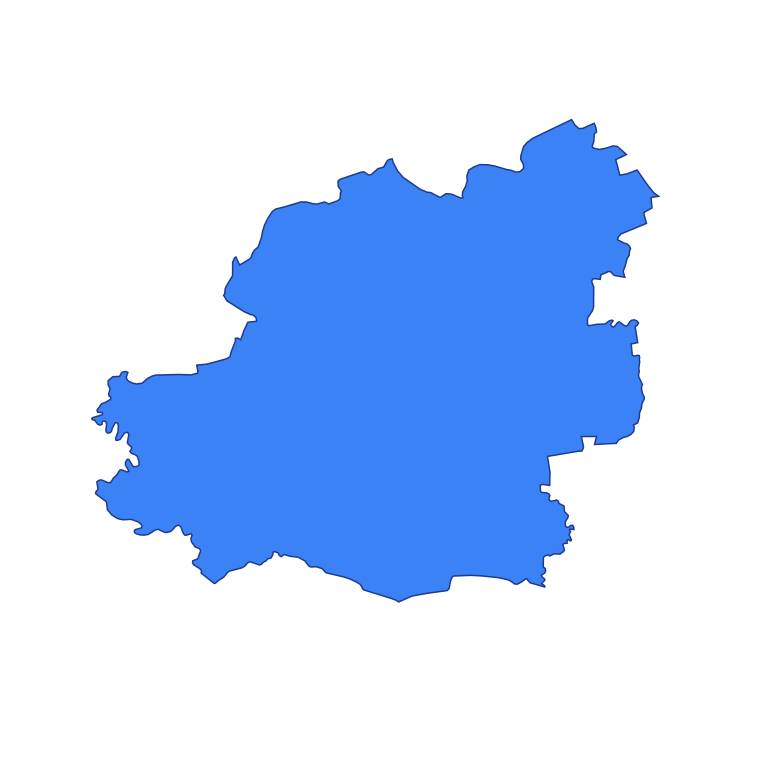 Cu Mgar, Đắk Lắk, Vietnam (Robinson projection), rotated 260°
{"feature_id": "81297802B57943820891789", "entity_name": "Cu Mgar", "entity_type": "district", "adm_level": 2, "iso_a3": "VNM", "parent_name": "Vietnam", "parent_adm1": "Đắk Lắk", "projection": "robinson", "projection_center": [108.059, 12.895], "detail": "fine", "context": "isolated", "style": "filled", "palette": "blue", "viewbox_px": 768, "rotation_deg": 260, "n_neighbors": 0, "source": "geoboundaries", "source_scale": "gbopen_adm2", "svg_char_len": 6147}
<svg xmlns="http://www.w3.org/2000/svg" viewBox="0 0 768 768"><g transform="rotate(260 384 384)"><path d="M319.4,634.4L323.8,637.5L325.9,638.1L329.2,637.0L333.5,636.7L336.8,637.2L338.5,638.4L346.6,636.2L348.9,636.2L351.9,637.6L355.0,637.6L361.6,639.7L363.3,639.6L365.9,640.4L367.6,640.3L368.2,639.0L368.1,635.2L369.4,633.5L380.5,634.4L380.7,641.0L397.0,641.3L397.7,643.6L400.1,645.3L402.4,643.8L403.7,641.7L403.8,639.0L402.7,636.9L399.6,634.3L399.0,633.0L399.3,631.5L404.4,626.4L404.0,624.8L400.5,620.9L400.3,619.6L400.9,618.6L403.0,617.6L403.8,617.8L406.4,620.6L407.4,619.5L406.9,616.2L404.7,612.3L405.8,604.4L405.8,596.3L407.1,594.6L413.8,596.0L419.8,601.9L423.5,603.8L443.3,607.4L449.0,606.3L451.1,607.7L451.1,609.9L449.5,615.1L453.8,616.5L455.8,624.7L455.2,626.7L451.5,629.1L450.6,630.4L447.3,639.7L453.0,639.1L454.0,639.4L457.7,641.7L465.5,645.3L468.0,647.7L471.8,648.7L474.5,650.3L476.9,649.8L479.6,647.8L481.4,644.4L485.6,639.0L488.4,640.5L490.7,643.7L496.6,670.4L507.1,669.4L508.2,670.7L510.8,678.5L520.8,679.3L521.3,680.7L521.2,687.0L525.5,682.8L535.2,677.6L550.8,670.4L548.7,659.4L548.8,652.5L564.7,651.2L567.9,662.6L577.4,655.1L578.7,651.0L577.7,643.7L577.6,636.7L579.8,631.6L580.8,630.4L582.2,630.5L586.3,632.7L593.5,634.4L595.4,637.1L599.7,637.2L604.3,636.3L601.2,624.1L601.7,620.2L605.7,617.1L611.8,614.7L600.1,572.9L596.8,566.6L593.5,562.6L585.2,558.5L581.5,557.6L576.4,559.3L573.1,559.2L571.2,557.7L569.4,554.2L569.9,550.5L572.3,546.4L574.2,541.4L579.3,531.2L581.8,524.5L583.4,516.7L582.3,510.8L580.0,504.7L574.8,501.8L569.5,501.2L564.6,498.8L559.8,495.0L556.0,493.8L553.9,494.1L553.5,493.1L554.3,491.1L558.9,484.1L560.4,479.7L560.6,477.7L558.0,472.1L558.8,470.4L564.4,463.3L565.4,459.8L569.4,453.5L584.2,438.7L591.4,434.4L600.9,431.4L604.3,431.2L604.2,428.0L603.4,426.1L597.6,421.2L597.1,415.4L592.1,407.2L592.8,404.8L596.4,401.1L596.6,398.4L593.4,377.4L592.5,374.5L591.2,373.8L586.5,373.3L581.2,375.6L580.1,374.4L574.0,372.9L572.5,370.1L570.9,361.0L573.6,357.1L572.8,349.0L574.0,345.1L576.7,339.3L577.7,333.8L575.7,316.4L575.1,307.6L573.2,303.9L567.6,298.6L561.4,294.0L555.8,291.1L549.9,288.9L540.9,284.0L538.2,279.5L535.8,277.4L531.9,275.2L530.5,273.7L526.3,262.5L534.8,260.2L534.1,258.7L530.2,256.1L517.0,253.7L507.6,245.6L505.3,244.1L500.4,242.8L499.3,241.4L493.1,243.8L479.6,258.7L475.6,264.6L474.5,267.2L471.6,269.5L468.7,269.5L467.9,269.3L468.5,260.7L461.0,255.4L452.4,250.5L454.6,248.1L454.7,245.5L452.2,245.2L442.1,239.0L437.5,237.0L436.1,232.8L434.8,218.9L434.4,212.2L435.1,202.8L429.5,203.0L427.1,202.4L426.5,195.5L429.1,183.1L432.4,160.6L432.0,156.9L430.7,152.3L426.8,146.0L427.0,140.3L428.3,137.1L430.8,133.3L432.2,132.2L434.0,131.4L435.7,131.5L439.9,133.8L441.2,131.9L441.2,128.7L440.4,127.4L437.4,124.8L438.3,118.3L435.2,112.9L431.0,112.2L426.9,113.5L422.0,111.1L419.7,111.2L419.5,112.0L418.6,112.6L417.2,112.4L416.2,111.5L414.5,107.1L413.5,102.3L408.1,96.8L405.8,97.1L405.0,101.0L404.2,101.7L403.3,101.7L402.7,101.1L401.4,91.0L400.6,90.2L399.5,90.6L398.5,92.8L394.2,95.1L392.9,96.9L393.0,99.1L395.9,100.1L396.2,100.7L396.1,102.0L395.2,103.5L392.7,103.9L387.0,102.1L385.0,102.2L383.7,103.2L383.6,105.9L384.7,107.3L388.3,109.2L392.0,112.2L392.6,113.5L391.7,114.9L388.8,115.1L383.1,113.7L376.7,110.1L375.2,110.3L374.8,111.2L375.2,114.4L380.8,120.0L381.1,122.3L380.5,123.5L378.0,123.8L371.1,121.1L369.1,121.6L365.7,124.4L364.7,124.6L361.7,122.0L359.6,123.3L357.4,126.9L355.5,128.5L350.6,129.3L347.3,128.8L346.4,128.3L345.7,126.4L346.1,123.1L346.6,122.4L353.5,119.9L354.3,119.1L354.4,118.1L352.1,116.0L349.1,115.3L342.8,117.5L342.2,117.4L342.0,115.8L345.2,110.3L344.9,108.6L341.2,105.5L338.3,101.2L334.4,97.6L335.0,94.6L338.3,89.7L338.7,88.5L338.6,86.1L337.4,84.2L329.7,84.1L328.3,81.9L326.6,81.0L325.6,81.3L316.2,90.2L308.1,89.8L302.2,93.3L298.5,97.3L297.0,99.7L295.5,103.9L294.7,110.8L293.8,113.1L290.7,118.1L288.5,120.1L286.2,121.1L284.5,120.3L283.8,113.8L283.3,112.9L281.5,112.5L280.6,112.9L279.2,114.6L277.7,117.7L276.8,121.7L276.8,125.9L280.0,133.5L280.1,135.5L280.0,136.5L275.9,142.4L275.5,144.2L275.7,147.7L276.9,150.2L279.7,153.6L280.6,156.0L280.5,157.5L278.6,159.1L271.9,160.4L269.8,161.5L269.4,163.0L270.0,167.9L268.2,168.7L265.4,167.0L262.1,167.0L256.4,169.7L253.8,173.7L252.4,174.4L251.1,174.2L244.7,170.5L243.9,169.2L243.2,165.1L241.0,164.4L238.9,165.3L233.6,171.1L231.4,171.8L229.5,171.1L217.1,182.1L217.1,183.4L219.5,187.3L221.5,192.6L225.2,196.7L226.5,198.8L227.6,211.9L228.7,215.1L231.6,218.8L232.2,221.2L227.4,229.9L227.7,232.0L229.5,234.3L230.4,237.4L231.9,238.7L232.3,242.6L235.2,244.9L237.5,245.4L238.0,246.9L236.2,250.4L233.4,251.0L231.8,252.7L233.4,256.2L230.7,261.6L228.3,269.4L223.5,275.4L218.0,278.2L216.6,279.8L215.7,285.8L212.8,291.2L208.5,293.8L207.6,295.3L201.2,310.4L198.3,315.9L194.2,321.9L191.1,325.5L188.1,327.0L185.9,327.3L184.7,328.4L171.7,353.7L169.0,358.3L166.8,360.7L170.3,374.6L170.4,389.4L169.6,410.4L171.1,412.5L178.7,415.4L182.0,417.6L182.8,419.1L180.5,436.2L178.0,447.1L173.4,463.1L169.7,472.0L167.1,475.4L164.5,477.7L163.7,480.5L165.2,485.2L167.2,488.9L167.5,490.6L162.9,493.3L156.2,507.1L156.9,507.3L158.2,506.5L160.0,504.4L162.8,508.3L164.1,508.3L166.8,506.0L168.4,505.8L170.0,509.6L171.6,510.6L174.4,510.8L175.9,509.2L177.1,509.2L185.5,510.9L186.9,512.9L187.1,514.5L187.0,516.0L185.9,517.4L187.2,522.1L185.9,527.9L187.0,529.6L187.5,531.4L189.1,532.8L195.0,532.3L195.6,533.6L195.4,536.7L197.9,537.0L198.7,538.0L198.7,538.7L197.1,540.1L197.3,541.2L198.2,541.5L203.0,540.2L203.9,540.3L206.1,542.1L207.3,541.5L208.8,541.8L207.7,545.7L209.9,546.0L212.1,545.3L212.3,543.6L210.9,540.3L211.6,538.6L212.5,538.1L216.8,538.6L220.5,541.9L222.5,542.7L227.0,539.6L232.6,540.1L236.0,535.6L238.4,535.3L239.8,533.9L239.4,528.8L239.7,527.8L241.4,526.5L242.6,526.5L245.3,528.0L247.2,527.3L248.7,525.0L249.9,520.3L251.1,519.5L257.2,520.2L257.5,523.2L255.3,529.5L268.3,532.2L284.3,532.4L284.1,563.3L283.6,567.2L286.3,569.2L288.1,569.6L298.0,569.2L295.4,584.2L287.9,580.8L285.2,602.5L288.1,605.3L289.8,610.5L290.1,614.3L291.4,618.3L293.9,621.7L297.9,622.9L300.2,622.6L301.7,627.1L306.7,629.6L310.8,630.5L315.8,633.4L319.4,634.4Z" fill="#3b82f6" stroke="#1e3a8a" stroke-width="1.5"/></g></svg>